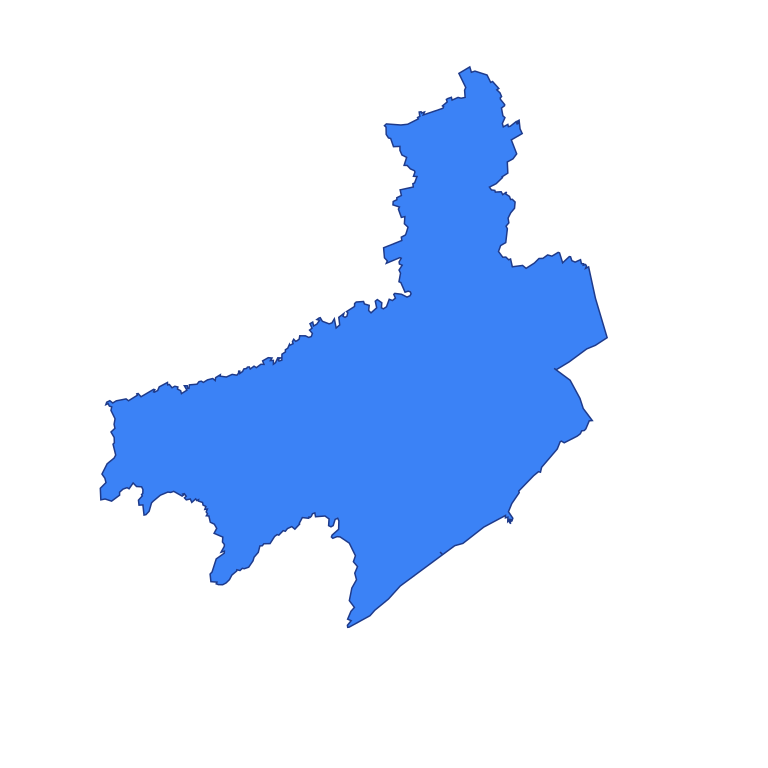 the district of Sukoharjo, Jawa Tengah, Indonesia, rotated 47°
{"feature_id": "22746128B41417259813102", "entity_name": "Sukoharjo", "entity_type": "district", "adm_level": 2, "iso_a3": "IDN", "parent_name": "Indonesia", "parent_adm1": "Jawa Tengah", "projection": "equal_earth", "projection_center": [110.813, -7.683], "detail": "fine", "context": "isolated", "style": "filled", "palette": "blue", "viewbox_px": 768, "rotation_deg": 47, "n_neighbors": 0, "source": "geoboundaries", "source_scale": "gbopen_adm2", "svg_char_len": 6168}
<svg xmlns="http://www.w3.org/2000/svg" viewBox="0 0 768 768"><g transform="rotate(47 384 384)"><path d="M195.4,207.5L197.5,207.3L203.0,212.2L207.1,212.9L209.0,211.7L216.9,215.2L221.1,210.3L224.0,213.0L228.8,214.7L233.7,212.9L237.8,220.2L240.0,218.0L244.7,218.0L248.7,216.3L250.1,216.8L252.2,220.8L254.8,218.4L257.8,224.5L257.2,226.3L259.9,228.2L253.0,239.8L258.0,242.7L256.5,247.6L258.0,248.9L256.8,252.8L259.1,255.3L265.1,252.0L265.9,254.2L274.0,257.7L275.8,254.6L280.7,259.8L285.7,259.5L289.1,265.4L289.6,266.9L288.4,271.2L291.2,273.1L284.1,291.4L292.0,297.6L296.2,297.6L297.3,300.0L302.4,286.2L303.8,285.6L305.0,289.7L306.8,290.9L309.5,289.7L310.9,295.3L314.2,296.3L319.4,303.3L321.3,302.5L331.2,306.0L332.6,303.0L334.6,301.9L336.5,302.7L337.2,304.8L336.1,307.9L330.3,310.0L325.1,314.3L325.1,315.7L329.0,317.1L328.7,320.9L325.6,322.4L329.2,329.5L328.6,333.2L326.5,333.9L323.1,330.2L317.7,331.3L317.5,333.9L323.3,337.4L323.1,345.0L319.8,345.1L316.4,341.2L312.1,343.7L309.7,342.7L305.1,348.4L305.1,350.6L307.2,352.7L305.5,362.0L307.2,361.9L309.1,364.8L308.7,367.0L306.6,367.8L305.0,365.2L304.4,371.6L310.6,376.1L310.4,380.8L302.5,375.9L303.8,380.4L302.6,383.1L296.1,386.3L292.0,385.4L291.4,386.6L291.1,389.1L293.5,387.7L294.4,392.4L293.5,395.9L290.1,393.9L289.4,397.0L294.1,398.6L293.8,401.7L298.2,401.9L299.7,404.8L298.6,407.3L295.2,408.6L291.3,412.7L293.3,415.4L293.1,417.9L292.5,419.5L289.7,419.5L290.6,422.1L292.5,423.0L291.4,426.5L290.5,426.1L292.2,430.0L291.7,432.8L293.3,434.2L292.6,438.3L296.9,442.5L295.6,445.2L294.1,444.9L294.3,441.9L292.4,443.8L294.4,448.8L294.1,451.4L291.3,448.8L289.4,451.1L288.6,448.2L285.8,450.7L284.3,457.0L287.8,458.4L285.6,460.6L285.0,466.2L282.3,466.9L281.8,471.6L279.6,470.9L278.5,472.4L278.9,473.9L277.4,476.2L278.4,478.9L278.0,482.2L276.2,480.7L275.5,481.5L276.9,483.0L277.2,485.6L273.4,488.5L271.4,494.5L266.5,498.5L265.6,497.4L264.5,502.8L266.4,505.1L263.2,505.5L260.6,510.2L259.6,515.1L257.3,515.7L256.1,517.7L256.6,520.9L251.9,526.9L254.2,529.6L253.3,530.6L251.1,529.1L249.1,531.2L254.1,532.4L252.9,538.7L250.2,537.3L246.9,538.5L245.6,536.8L243.0,538.5L242.2,541.6L238.0,541.3L237.1,542.8L235.2,541.3L232.8,550.3L234.4,554.0L233.4,557.5L232.6,557.9L231.9,555.5L230.8,556.1L227.6,570.4L223.3,570.3L222.6,571.5L224.0,572.1L222.0,582.3L219.0,582.8L213.7,591.3L212.9,595.3L209.2,595.9L208.2,599.2L209.4,601.5L210.2,599.2L212.9,599.9L215.0,598.7L217.1,601.7L226.0,604.4L229.4,608.9L232.9,611.0L232.9,616.4L239.1,617.8L243.1,621.3L243.2,623.2L253.0,628.7L254.1,631.9L253.5,640.8L257.5,651.7L262.6,652.4L266.5,654.6L266.8,662.6L275.6,670.1L277.9,666.4L283.9,663.1L285.0,653.2L282.8,651.2L282.9,646.5L284.6,642.6L286.8,641.9L285.3,635.0L290.2,634.9L293.9,631.4L296.8,632.3L299.5,635.0L299.5,636.7L301.0,637.1L301.5,642.8L305.5,645.8L308.0,642.8L316.2,648.9L317.2,647.2L316.9,642.6L312.4,635.1L312.3,632.6L312.8,623.4L315.6,615.8L317.8,614.0L319.1,611.0L328.3,608.1L328.5,606.4L327.2,606.3L328.0,604.8L331.2,605.2L331.2,607.6L333.9,607.6L336.0,604.1L339.5,605.3L339.6,600.1L341.5,600.4L342.1,598.5L343.0,599.6L346.9,597.5L349.1,598.9L352.1,597.8L353.5,600.6L355.0,598.5L356.3,601.3L358.6,601.6L359.2,603.8L361.1,602.1L366.6,605.3L370.8,603.7L375.5,604.8L377.3,610.1L386.0,606.3L389.4,609.9L392.5,610.2L393.8,611.5L395.9,617.9L397.4,614.7L398.8,616.2L397.5,626.0L404.2,637.9L404.4,640.8L410.5,645.4L415.0,641.3L415.7,643.0L417.9,641.9L420.8,638.8L421.8,635.2L421.7,630.5L420.0,625.6L420.3,619.2L419.5,618.3L422.2,616.5L422.2,613.3L423.8,612.2L425.7,607.9L424.0,600.4L422.1,597.2L421.4,590.8L417.8,585.2L419.3,583.3L418.9,580.8L423.0,576.2L420.9,568.0L421.2,564.9L422.8,564.0L422.5,557.7L424.4,556.6L423.9,553.2L425.4,548.7L429.4,548.2L428.9,541.2L428.1,541.0L426.0,534.8L430.9,530.6L430.1,529.5L431.2,528.9L431.1,527.1L430.1,524.8L431.1,522.5L434.4,524.6L440.3,517.2L445.2,516.2L449.8,521.1L452.3,520.2L452.9,517.7L449.7,512.1L450.6,509.4L453.4,510.4L459.3,516.3L459.1,525.0L460.0,526.8L461.9,526.7L463.6,522.4L465.9,520.4L476.7,517.9L490.1,522.0L493.1,527.6L499.5,527.9L502.4,534.4L508.4,537.6L511.3,546.7L518.8,557.1L527.2,558.0L527.7,563.2L531.2,571.0L534.7,569.4L535.5,575.3L537.2,576.5L538.0,575.5L543.9,552.3L543.2,544.9L544.3,527.4L542.8,509.9L550.5,442.5L554.4,435.0L556.7,408.6L563.0,384.8L564.7,386.5L565.9,384.2L568.8,387.1L568.4,384.7L569.7,383.7L569.7,386.4L572.6,386.7L570.7,385.5L571.4,383.8L570.0,381.3L562.3,380.1L558.6,372.1L555.7,359.2L554.2,358.5L553.1,337.1L553.5,330.8L555.2,329.7L552.4,325.5L549.7,301.6L546.4,294.6L546.8,293.2L549.9,292.3L553.9,278.3L554.3,274.4L553.1,271.4L554.6,269.2L554.5,267.0L550.9,259.0L552.8,256.6L537.8,255.0L528.2,250.5L508.2,245.3L488.6,248.9L491.0,248.3L491.4,246.5L494.1,233.6L496.6,211.8L499.9,203.0L502.3,189.2L465.5,170.9L437.9,154.5L436.9,157.7L435.9,155.5L434.1,155.1L433.0,157.2L432.2,156.0L430.6,157.5L427.1,155.5L425.2,161.1L421.9,162.5L418.2,160.8L417.2,161.6L417.2,170.7L407.8,166.2L406.5,166.9L405.0,174.0L401.2,176.3L400.5,182.1L397.9,185.1L398.1,191.5L396.3,201.2L391.8,201.8L385.8,210.2L378.9,206.2L378.2,208.1L374.3,208.3L372.3,210.7L365.2,209.9L362.3,204.3L363.6,198.5L354.6,187.9L351.8,187.1L351.3,182.8L347.3,180.1L345.2,174.5L344.5,168.7L340.3,164.0L336.4,164.2L335.4,165.6L332.4,164.3L327.9,165.4L327.2,163.4L326.5,168.0L323.3,167.2L319.6,171.7L318.0,170.9L315.3,173.1L311.9,172.6L314.0,165.3L313.8,156.6L313.0,156.4L314.2,149.6L305.7,142.4L307.3,136.1L306.2,130.0L292.3,124.4L295.1,112.1L290.2,110.5L283.2,105.3L282.8,107.1L285.0,108.1L284.6,109.3L282.2,108.5L281.6,115.9L280.6,117.5L278.6,116.4L277.3,121.4L274.2,119.8L271.7,113.9L268.9,114.1L262.3,109.9L262.7,106.1L262.0,105.2L255.2,104.7L254.0,103.8L254.0,102.0L250.2,100.6L245.8,100.9L246.2,98.5L236.8,98.3L236.2,100.3L228.3,97.9L217.2,104.1L215.6,107.5L210.6,105.0L207.9,117.4L222.9,122.0L224.1,124.7L229.7,129.2L227.6,132.7L224.9,134.4L222.8,140.6L220.3,139.2L218.8,142.5L218.4,144.3L220.8,145.4L220.5,151.6L221.9,151.3L222.5,152.9L214.0,171.8L212.7,168.9L211.4,171.7L210.2,171.2L209.1,172.8L212.7,175.3L212.0,177.7L213.5,178.1L210.2,189.5L206.1,195.0L195.4,204.9L195.4,207.5ZM548.6,457.5L545.4,457.6L545.1,457.6L546.8,457.5L548.6,457.5Z" fill="#3b82f6" stroke="#1e3a8a" stroke-width="1.5"/></g></svg>